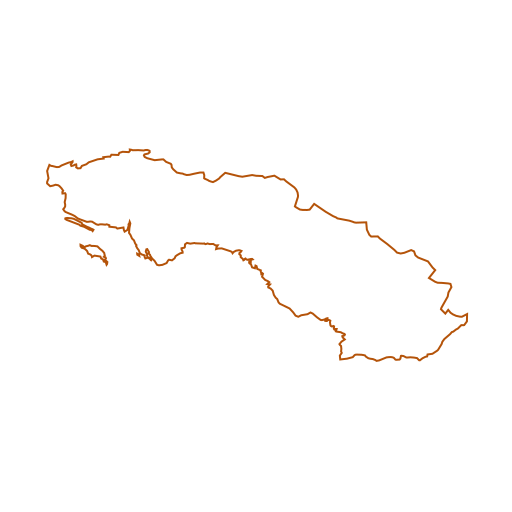 the border of Sweden, rotated 96°
{"feature_id": "SWE", "entity_name": "Sweden", "entity_type": "country or territory", "adm_level": 0, "iso_a3": "SWE", "parent_name": "Europe", "parent_adm1": "", "projection": "mercator", "projection_center": [17.555, 62.192], "detail": "fine", "context": "isolated", "style": "outline", "palette": "amber", "viewbox_px": 512, "rotation_deg": 96, "n_neighbors": 0, "source": "natural_earth", "source_scale": "50m", "svg_char_len": 6118}
<svg xmlns="http://www.w3.org/2000/svg" viewBox="0 0 512 512"><g transform="rotate(96 256 256)"><path d="M165.4,374.0L166.6,377.5L167.6,378.0L169.1,377.1L170.1,374.5L171.3,366.8L169.7,359.3L169.6,358.2L171.8,355.2L173.2,350.4L174.1,349.6L176.7,349.0L178.4,347.4L181.3,343.4L181.7,339.5L181.7,337.6L182.2,336.2L182.7,333.4L182.2,330.6L180.7,326.3L178.8,320.3L178.5,317.0L181.0,315.9L184.1,315.7L184.4,315.3L185.5,311.9L186.2,310.5L186.7,308.4L187.0,306.5L185.2,303.7L182.8,300.8L181.3,299.8L176.5,295.3L178.4,281.6L178.6,277.9L175.9,268.3L176.2,264.3L175.8,258.0L177.4,255.4L176.2,252.6L174.2,246.1L177.3,239.6L176.8,236.2L178.6,233.8L183.8,225.0L185.7,223.0L188.5,221.3L191.6,220.5L193.0,220.5L202.6,222.5L203.2,221.6L205.2,217.2L205.3,214.4L204.9,210.1L204.3,207.5L198.1,203.6L204.8,191.2L208.3,183.5L209.3,180.3L210.1,179.0L211.1,167.0L211.8,163.6L212.3,161.8L212.4,160.0L211.0,149.9L218.2,148.5L223.1,145.5L224.6,143.5L223.8,136.9L225.7,134.6L230.4,126.7L235.5,119.0L237.9,116.1L238.4,112.4L237.3,108.8L233.9,102.3L234.9,99.3L238.7,97.5L240.6,94.6L243.4,84.4L249.0,79.2L251.3,76.3L259.8,81.7L262.9,75.2L263.6,72.6L263.3,68.0L263.2,62.1L263.4,59.7L266.5,58.4L272.2,60.8L276.3,61.1L288.1,66.2L289.6,66.5L293.5,61.7L289.5,59.2L292.1,56.6L293.5,54.0L294.6,50.7L295.0,46.9L294.9,44.9L291.7,40.0L299.0,39.4L302.9,41.7L303.1,42.2L303.3,44.6L307.1,47.7L308.2,49.4L310.6,51.9L311.2,53.3L313.4,54.8L318.9,60.0L321.8,61.7L324.2,62.2L330.3,65.1L331.3,66.0L334.8,70.3L336.0,75.1L338.0,75.3L338.5,76.9L340.3,79.7L342.6,82.1L342.6,82.9L340.7,85.2L340.5,88.2L340.6,92.0L341.2,95.1L341.2,96.0L340.1,98.8L340.0,101.0L340.2,101.4L343.0,101.7L344.0,102.4L344.6,105.9L344.4,106.6L342.9,108.2L342.5,109.5L342.4,111.3L342.7,113.4L343.2,115.6L347.0,122.7L347.7,125.2L347.0,126.4L346.3,129.0L346.2,131.8L345.9,133.7L344.5,136.3L343.5,137.2L343.3,138.6L343.2,140.8L343.5,145.4L343.8,146.8L344.3,147.6L346.5,149.2L348.6,154.8L350.1,161.4L346.3,162.2L343.4,160.6L342.0,161.4L339.5,161.4L336.6,162.0L335.6,163.3L334.9,163.8L332.2,162.0L329.7,159.0L327.9,161.3L326.7,161.8L325.7,159.7L324.7,159.4L324.2,160.0L323.8,161.9L323.1,163.3L322.9,164.2L322.8,167.8L322.6,168.7L320.2,168.2L320.3,169.2L320.9,169.6L321.1,170.2L320.2,171.0L317.8,171.0L317.5,171.8L318.2,173.1L317.7,174.3L317.2,174.7L314.3,175.5L312.6,175.3L312.2,176.0L312.0,177.0L312.3,178.0L313.1,178.5L313.3,179.1L313.3,180.4L312.7,180.6L310.9,178.3L310.4,178.4L310.8,179.6L311.8,180.9L312.4,182.3L312.9,183.8L312.8,185.1L310.6,188.9L307.3,193.6L306.5,195.9L308.5,198.7L310.2,204.8L312.0,207.6L311.2,210.4L308.2,213.1L304.7,217.1L301.0,227.3L299.8,228.7L296.6,230.4L295.4,232.1L292.9,234.1L288.7,235.8L286.8,238.1L286.0,240.5L285.0,240.7L282.8,239.1L282.7,241.8L280.6,240.1L279.7,241.7L278.9,244.3L276.0,247.8L272.9,247.2L272.5,247.8L273.3,248.3L273.5,248.8L272.0,249.1L270.7,249.8L269.8,249.7L268.7,253.4L266.0,254.4L265.6,255.5L268.3,255.8L267.7,258.7L264.6,260.2L264.2,261.4L263.5,262.1L262.1,262.1L262.4,260.6L260.3,260.7L259.7,259.0L259.3,259.5L259.5,260.8L260.7,264.3L260.2,265.6L259.6,266.2L260.0,266.8L261.1,267.3L261.6,268.1L260.3,268.8L258.7,271.1L257.0,271.2L255.9,272.8L254.8,272.8L253.9,271.8L252.5,271.0L252.1,272.4L252.0,273.5L252.8,276.4L254.3,278.6L255.7,279.6L254.7,280.2L254.0,281.6L252.0,290.9L252.6,294.7L253.3,296.4L251.4,296.2L249.4,295.2L249.7,297.3L248.5,299.8L249.0,303.3L248.6,305.6L249.1,306.4L249.5,307.7L248.9,308.8L249.2,309.6L249.7,317.5L249.5,318.5L250.6,322.7L250.2,326.0L251.8,327.8L254.6,327.7L255.2,328.1L256.1,330.9L257.3,330.7L259.2,329.5L260.4,329.3L261.2,331.6L263.4,334.6L264.7,336.0L266.8,336.7L269.1,339.1L268.8,342.1L269.7,343.0L272.4,344.2L274.6,348.2L275.4,351.5L275.1,353.5L271.4,356.4L269.4,359.0L266.9,361.1L265.9,361.5L265.0,362.6L264.2,363.1L263.4,362.8L260.5,364.9L260.8,365.7L263.0,366.1L264.1,365.6L265.0,364.6L265.9,364.4L266.8,364.6L268.4,363.5L269.2,363.9L270.0,365.8L268.3,366.8L267.0,366.8L266.4,369.9L265.2,371.9L262.5,373.2L260.7,374.9L258.6,376.3L257.7,376.0L256.3,377.4L253.2,379.0L251.6,381.1L248.1,383.1L246.3,384.7L241.4,384.8L236.7,384.4L235.2,385.2L236.7,385.4L237.8,386.1L239.0,385.8L243.5,386.6L245.5,389.2L244.0,390.1L241.5,390.8L243.2,396.8L242.2,398.3L242.2,404.9L240.7,405.1L240.1,407.8L240.6,409.2L240.6,412.4L240.8,414.4L241.5,416.2L241.2,418.1L239.0,422.6L239.0,424.6L239.4,425.9L239.7,427.8L238.0,434.7L237.2,437.3L235.2,440.5L234.3,442.8L232.1,450.1L231.0,451.5L229.6,452.6L228.1,451.6L226.7,451.0L225.0,451.1L222.4,451.9L218.4,451.4L214.5,451.7L213.5,452.4L214.1,455.0L212.6,455.3L211.2,454.6L209.0,456.5L207.0,458.8L206.3,460.2L206.1,462.8L207.2,465.2L208.1,468.0L205.7,471.3L204.3,471.5L200.4,470.5L193.3,472.6L187.0,471.0L187.8,469.2L187.8,467.9L188.4,463.7L188.3,462.4L187.9,460.9L186.3,458.9L182.8,452.3L181.8,449.5L181.0,448.3L181.6,448.2L184.4,449.8L185.8,449.0L185.0,446.8L184.2,445.9L183.7,444.4L185.4,444.0L186.6,444.1L187.5,442.4L187.0,439.7L184.6,438.6L182.5,434.3L180.3,432.1L176.4,423.6L175.0,417.7L173.7,418.2L172.6,413.2L172.5,411.4L170.4,410.4L169.9,403.4L167.7,402.7L166.3,399.5L166.0,393.4L164.5,392.3L163.3,392.6L163.4,391.0L163.7,389.6L163.0,384.0L162.8,378.7L162.2,377.2L161.9,375.3L162.2,373.7L162.6,372.8L164.0,372.6L165.4,374.0ZM276.6,407.2L275.4,407.8L274.7,409.7L272.8,410.7L272.5,416.7L274.2,419.0L273.3,419.3L272.4,420.0L271.8,421.0L271.2,423.2L268.8,424.4L268.0,425.3L266.6,427.3L266.0,430.2L264.6,431.5L263.2,431.7L264.0,429.4L265.2,427.4L264.1,426.1L263.4,424.0L262.6,422.4L263.2,420.6L262.9,417.6L263.0,414.7L265.1,412.1L266.9,409.3L268.8,407.3L271.5,406.4L272.7,407.2L273.2,405.4L274.1,405.0L274.9,405.4L276.6,407.2ZM239.8,448.3L239.0,449.6L238.4,449.5L237.9,447.8L237.8,443.3L238.1,441.0L241.2,432.9L242.6,432.2L244.6,427.2L245.2,425.0L246.0,423.0L246.5,421.2L246.9,420.4L248.3,421.1L247.3,422.2L247.3,424.1L244.9,430.0L244.2,433.9L243.4,434.8L239.8,448.3ZM277.8,404.8L277.5,406.5L276.8,406.4L276.1,405.1L277.5,403.2L279.6,403.3L280.3,403.7L277.8,404.8ZM269.7,361.7L269.3,362.6L268.9,361.5L269.3,360.1L270.0,359.5L271.2,359.9L271.1,360.1L269.7,361.7ZM267.1,374.2L266.1,374.4L266.8,372.5L268.1,372.1L267.1,374.2Z" fill="none" stroke="#b45309" stroke-width="2"/></g></svg>